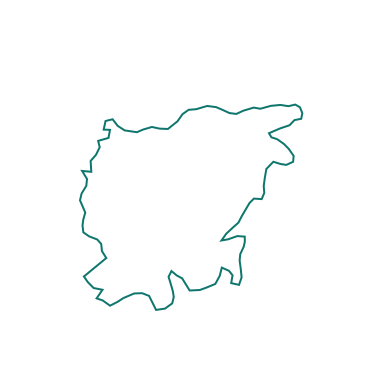 Vista Gaúcha, Rio Grande do Sul, Brazil, rotated 61°
{"feature_id": "56859067B34602546660204", "entity_name": "Vista Gaúcha", "entity_type": "district", "adm_level": 2, "iso_a3": "BRA", "parent_name": "Brazil", "parent_adm1": "Rio Grande do Sul", "projection": "equal_earth", "projection_center": [-53.696, -27.259], "detail": "fine", "context": "isolated", "style": "outline", "palette": "teal", "viewbox_px": 384, "rotation_deg": 61, "n_neighbors": 0, "source": "geoboundaries", "source_scale": "gbopen_adm2", "svg_char_len": 1567}
<svg xmlns="http://www.w3.org/2000/svg" viewBox="0 0 384 384"><g transform="rotate(61 192 192)"><path d="M88.0,233.2L94.6,239.0L97.9,233.6L104.2,238.8L101.8,249.3L108.1,251.0L112.9,257.9L115.7,265.6L125.5,270.3L120.3,277.9L129.7,277.5L135.3,281.4L139.9,289.4L145.0,294.0L158.2,295.3L163.7,300.7L168.2,304.0L174.6,306.6L180.9,303.5L187.6,297.9L193.4,296.6L200.0,299.4L208.2,299.0L213.5,327.5L220.3,326.8L228.3,324.6L234.1,317.7L238.8,327.0L243.5,322.7L251.7,318.8L252.0,310.3L251.5,303.5L252.7,291.8L256.3,284.7L262.1,279.9L271.1,280.3L277.7,280.6L280.9,272.1L279.8,263.3L274.9,258.8L269.3,256.8L261.9,255.1L254.8,253.6L251.2,248.3L257.6,245.8L262.7,242.5L277.0,241.8L281.5,232.7L282.7,225.1L283.7,216.2L278.8,208.4L272.6,202.6L278.8,197.9L284.5,196.9L290.7,201.9L296.0,195.9L290.7,190.0L282.3,186.4L275.1,183.6L269.7,179.9L265.0,173.4L261.1,169.9L256.6,167.5L252.5,173.8L250.9,183.3L248.7,189.7L245.1,182.3L242.9,173.4L241.3,166.2L237.4,160.4L233.1,153.2L229.4,146.8L227.8,141.0L232.0,134.5L227.8,129.2L221.6,126.4L215.1,121.6L207.9,115.8L205.0,106.2L210.5,100.9L214.0,96.4L214.6,88.9L209.7,85.6L201.1,86.5L194.6,88.3L187.1,91.9L182.7,96.0L177.9,96.2L179.1,84.2L180.9,74.3L178.8,67.5L180.9,61.0L176.6,57.3L170.2,56.5L165.6,59.3L163.7,66.0L158.7,72.5L154.9,81.2L152.3,91.9L148.1,97.1L145.8,107.6L145.2,115.4L141.1,121.0L134.8,125.6L129.5,129.7L124.1,137.0L121.6,148.2L118.5,155.1L119.3,162.5L123.1,170.3L125.2,182.5L120.8,189.7L115.7,195.5L113.7,204.4L113.0,211.2L105.5,221.0L98.2,224.9L89.9,226.2L88.0,233.2Z" fill="none" stroke="#0f766e" stroke-width="2"/></g></svg>